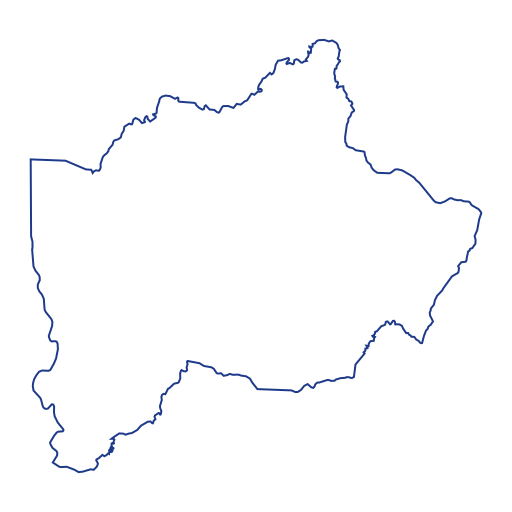 Urdaneta, Los Rios, Ecuador
{"feature_id": "8360857B13036239300316", "entity_name": "Urdaneta", "entity_type": "district", "adm_level": 2, "iso_a3": "ECU", "parent_name": "Ecuador", "parent_adm1": "Los Rios", "projection": "natural_earth1", "projection_center": [-79.377, -1.567], "detail": "fine", "context": "isolated", "style": "outline", "palette": "blue", "viewbox_px": 512, "rotation_deg": 0, "n_neighbors": 0, "source": "geoboundaries", "source_scale": "gbopen_adm2", "svg_char_len": 5938}
<svg xmlns="http://www.w3.org/2000/svg" viewBox="0 0 512 512"><path d="M291.5,390.4L295.2,392.0L297.7,392.0L301.0,389.9L304.2,385.9L307.6,384.1L311.3,387.3L313.3,387.9L314.6,386.4L315.2,384.5L317.0,382.7L319.3,382.5L327.3,380.0L328.6,380.0L331.2,380.9L334.6,380.7L335.9,379.5L340.8,378.1L345.3,377.8L346.3,377.2L349.0,377.2L350.9,378.0L352.2,377.9L353.9,377.0L355.5,364.5L364.6,353.5L363.6,352.3L365.3,350.8L365.4,348.6L367.5,348.2L367.6,347.7L366.4,345.7L368.6,346.0L368.8,343.5L370.4,341.2L373.8,340.8L374.0,338.6L374.9,337.0L372.8,336.7L372.4,335.9L374.0,335.5L373.9,334.8L374.8,334.0L375.2,331.8L376.8,331.4L381.3,326.2L384.7,325.0L385.4,324.0L385.7,322.1L386.2,321.6L387.7,321.5L390.1,324.4L390.7,324.2L392.9,320.9L394.2,320.8L395.0,322.1L395.2,324.3L399.2,324.3L402.0,325.9L403.0,328.4L406.2,333.1L408.1,333.0L409.2,334.8L410.6,335.5L411.4,336.7L414.3,336.9L416.3,339.6L418.7,340.9L420.0,342.6L421.4,343.2L422.1,343.0L423.9,336.1L426.0,330.6L427.6,329.0L428.4,326.6L430.8,324.7L433.0,321.4L430.1,315.6L429.7,312.9L430.7,310.1L430.9,308.5L433.9,304.7L435.0,300.0L437.1,295.8L442.4,290.2L443.2,288.5L452.0,276.3L457.8,273.0L458.5,271.9L459.0,268.0L458.1,266.2L461.2,262.3L465.7,261.7L466.6,260.0L466.7,258.1L468.2,251.3L469.4,250.8L470.2,248.8L472.2,248.2L475.4,243.8L475.6,239.8L474.6,236.1L477.2,230.2L479.2,219.2L481.3,213.2L480.8,211.9L478.5,209.1L472.5,205.7L471.3,204.7L469.8,202.3L468.6,201.6L463.9,201.3L460.8,200.1L457.4,200.2L454.3,199.5L451.4,198.2L449.7,198.4L445.2,201.3L440.2,203.2L435.6,202.2L433.7,200.5L419.2,182.7L416.1,180.1L414.3,177.8L410.0,174.9L402.2,170.4L397.6,169.3L395.1,169.5L391.0,172.6L389.3,173.3L377.3,172.8L373.4,170.0L371.6,167.6L370.6,164.6L367.8,162.4L366.4,160.4L366.0,158.0L365.0,155.7L364.5,152.1L364.0,151.6L355.6,150.2L353.0,148.2L349.1,147.2L346.7,145.7L346.3,143.5L345.3,142.1L345.1,137.1L346.9,124.4L348.2,121.8L348.4,118.5L350.4,116.3L351.8,112.4L353.9,111.1L354.1,110.1L351.0,105.4L352.4,103.8L351.7,102.0L351.1,101.4L349.4,101.2L348.2,98.7L346.5,97.6L346.7,94.3L343.6,89.8L343.3,86.3L339.6,86.6L337.4,87.9L336.7,87.4L336.9,86.0L337.8,84.3L338.0,82.6L337.5,81.8L335.9,81.6L335.4,81.0L335.4,79.9L334.8,78.5L335.1,76.3L334.3,74.0L334.3,72.2L334.9,68.8L336.4,68.6L336.7,65.6L337.7,64.6L339.0,62.2L340.0,61.4L339.8,60.3L337.9,59.1L337.7,58.6L338.7,56.4L339.4,51.3L340.0,50.0L338.7,48.4L337.7,44.8L336.4,42.9L332.2,40.5L328.8,41.4L324.3,39.9L318.7,40.2L316.7,41.1L314.9,43.4L312.6,43.9L312.7,46.1L312.4,46.8L311.5,47.0L309.3,46.5L309.4,47.2L311.2,48.6L310.8,52.8L309.7,53.1L308.5,51.6L308.0,51.6L308.6,55.3L308.0,56.8L305.8,59.5L306.8,60.9L303.9,61.5L302.3,62.7L301.0,62.5L298.1,59.8L296.4,59.2L294.3,60.3L293.8,63.6L293.1,64.3L292.3,64.2L289.9,62.9L286.8,64.0L286.4,63.5L286.8,62.4L289.0,59.8L288.9,58.5L288.2,58.0L280.9,60.4L278.1,60.6L275.7,64.7L274.9,69.0L273.4,73.0L271.6,74.4L269.9,72.9L265.3,77.7L262.7,78.7L261.4,81.6L259.0,85.0L258.3,87.0L258.1,89.2L258.5,89.6L260.1,88.8L261.3,89.3L261.8,90.0L261.4,91.3L260.0,91.7L257.9,91.6L254.3,94.8L252.2,93.7L251.4,93.8L247.2,100.3L244.8,101.3L240.7,104.6L236.7,103.9L233.5,107.9L228.1,106.0L223.3,106.1L222.1,107.2L219.5,112.0L218.7,112.7L216.8,112.0L214.3,109.9L209.6,109.5L205.8,105.3L204.6,106.2L203.9,109.1L202.4,109.6L199.1,107.8L196.3,105.2L195.5,103.4L193.8,102.8L179.2,101.7L178.2,100.6L178.4,98.2L177.6,97.5L175.0,98.8L170.0,96.1L165.5,95.6L162.3,96.5L160.7,97.7L159.6,99.1L159.2,101.4L157.0,107.7L156.5,113.0L155.9,113.6L153.1,114.3L153.4,115.1L155.8,116.4L155.8,117.1L155.3,117.9L150.2,121.5L147.7,118.9L147.3,116.5L146.4,116.2L145.2,117.4L144.1,120.2L144.9,121.6L144.8,122.2L142.0,123.1L139.0,119.7L135.6,118.0L133.5,119.5L132.1,124.2L131.2,124.4L129.2,123.6L124.4,126.7L123.6,131.0L121.7,133.8L120.8,137.4L118.3,139.2L114.2,140.5L113.2,142.1L112.6,144.7L108.9,149.0L108.3,151.2L106.9,153.2L104.2,155.3L102.8,157.1L100.5,164.0L100.7,167.2L100.2,169.0L99.0,170.7L95.8,170.4L93.9,171.4L92.7,173.0L91.3,169.8L85.9,169.4L65.5,160.7L30.7,159.4L31.1,236.4L32.5,241.8L32.5,248.2L32.1,249.2L33.5,266.4L35.4,270.6L38.8,274.9L39.6,276.8L39.8,280.1L37.8,284.5L37.8,288.0L39.3,291.4L41.8,294.4L43.8,298.7L44.6,309.7L45.8,312.1L51.3,319.0L52.4,321.8L52.1,326.0L48.8,335.9L49.1,337.6L50.3,340.4L51.5,341.4L55.1,341.2L56.6,341.6L57.6,343.7L57.9,349.2L56.1,358.4L53.9,363.6L50.3,370.0L48.4,370.8L42.2,370.5L39.1,371.7L36.3,375.3L34.1,379.3L33.0,383.5L32.8,386.2L33.5,390.5L40.1,397.7L41.0,399.4L42.5,405.3L43.2,407.1L44.5,408.5L46.1,408.9L47.9,408.6L51.8,404.3L52.7,404.3L53.6,405.1L54.1,406.7L54.0,412.5L54.7,416.4L57.8,422.6L63.4,429.5L63.3,430.6L62.8,431.3L58.1,431.7L56.6,432.6L54.0,435.9L50.1,442.5L50.3,443.9L52.4,447.8L56.3,450.9L57.3,452.6L57.1,455.5L52.8,462.5L59.0,466.6L60.7,467.1L66.8,466.8L74.4,469.7L78.6,472.1L82.6,471.7L90.7,469.3L93.7,469.8L96.5,467.0L97.5,465.2L97.9,463.4L96.2,460.2L96.7,459.3L98.7,458.3L102.4,454.9L104.4,456.2L106.5,455.1L108.2,453.4L109.1,453.9L109.2,452.2L110.3,452.0L109.1,450.4L110.1,449.3L110.7,447.6L111.1,447.9L111.4,451.4L111.8,451.8L112.2,451.5L112.7,449.4L113.5,448.2L111.6,446.3L111.6,443.5L112.4,443.1L113.2,443.7L113.9,443.4L113.6,441.6L114.4,439.7L113.8,438.8L111.5,438.8L113.0,437.6L119.3,433.4L123.6,433.7L125.5,434.7L129.1,433.5L131.8,433.1L137.2,430.0L141.0,425.7L147.8,421.7L150.5,421.5L152.1,423.1L152.9,423.3L153.8,420.6L155.4,419.3L154.5,416.6L155.0,415.4L158.6,413.0L159.3,413.2L160.1,414.6L160.5,414.6L161.0,413.5L161.3,410.8L160.3,408.5L159.9,406.2L161.8,400.0L161.4,396.8L162.1,394.8L163.7,393.8L165.3,394.2L168.0,388.8L169.4,388.1L174.2,383.6L177.8,382.9L178.9,382.0L180.3,378.2L180.1,373.7L180.9,370.8L181.7,370.1L183.6,371.2L185.4,371.4L186.4,371.0L187.1,370.1L186.6,367.5L187.6,364.1L187.0,362.1L187.5,361.0L199.5,363.2L203.9,366.0L211.5,367.3L213.9,368.9L216.7,373.2L218.7,373.6L221.0,373.2L223.7,375.8L227.3,375.1L229.6,373.9L233.0,374.8L238.2,374.6L241.3,375.6L246.1,376.3L250.0,378.7L252.2,382.5L257.4,389.1L291.5,390.4Z" fill="none" stroke="#1e3a8a" stroke-width="2"/></svg>